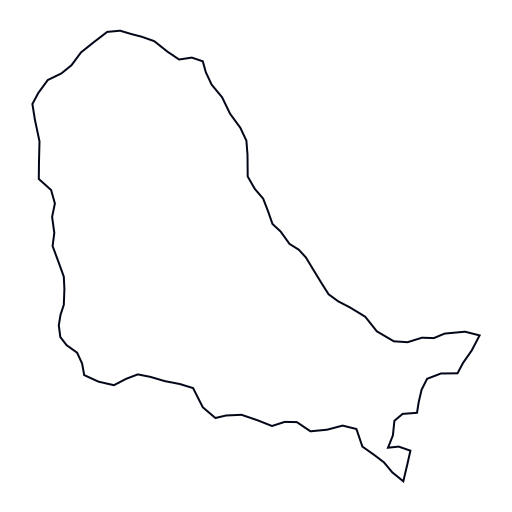 the district of São Sebastião do Anta, Minas Gerais, Brazil
{"feature_id": "56859067B14262855258372", "entity_name": "São Sebastião do Anta", "entity_type": "district", "adm_level": 2, "iso_a3": "BRA", "parent_name": "Brazil", "parent_adm1": "Minas Gerais", "projection": "mercator", "projection_center": [-41.947, -19.506], "detail": "fine", "context": "isolated", "style": "outline", "palette": "ink", "viewbox_px": 512, "rotation_deg": 0, "n_neighbors": 0, "source": "geoboundaries", "source_scale": "gbopen_adm2", "svg_char_len": 1365}
<svg xmlns="http://www.w3.org/2000/svg" viewBox="0 0 512 512"><path d="M403.3,481.3L407.1,465.3L410.4,450.7L398.7,446.6L388.0,447.7L392.9,435.4L394.4,420.8L402.6,413.9L417.0,412.8L418.8,401.6L421.6,389.7L427.1,378.8L440.9,373.5L457.5,373.3L463.1,362.8L471.7,350.5L479.6,335.4L465.0,331.7L444.6,333.6L433.8,338.1L422.0,337.7L407.6,342.2L393.8,341.3L376.8,331.3L365.2,316.7L349.7,307.3L338.3,301.4L328.6,294.3L321.5,283.1L313.3,269.7L306.0,257.6L298.9,249.8L289.5,243.9L280.6,231.5L272.5,224.0L268.2,211.7L263.2,198.7L254.8,188.9L247.7,176.5L247.5,154.9L246.4,140.7L240.4,127.9L230.1,113.8L222.1,97.3L211.6,84.6L205.8,72.2L202.8,61.3L191.8,57.6L179.1,59.5L167.5,51.7L154.3,41.2L141.6,36.7L131.5,34.1L120.1,30.7L107.2,31.9L93.5,42.4L81.0,52.4L71.5,65.2L61.4,73.4L47.8,80.0L38.4,92.8L32.4,104.0L34.9,119.7L39.5,141.4L39.0,160.8L38.8,179.0L51.1,190.0L54.9,203.5L52.1,216.9L54.3,232.9L52.6,246.1L58.8,262.8L63.8,276.7L64.4,289.1L63.8,304.8L60.5,314.8L58.8,325.3L60.3,337.0L66.6,345.2L77.1,352.7L82.1,363.5L84.2,375.1L98.6,381.7L113.9,385.2L126.2,378.8L137.8,374.4L150.5,376.9L164.7,381.1L179.7,384.0L193.1,388.1L202.8,407.3L215.4,418.0L226.0,415.5L241.5,414.8L257.6,420.3L272.0,426.0L284.7,421.9L296.8,422.1L310.5,431.3L327.1,429.7L342.6,425.6L356.4,429.0L362.4,446.6L374.0,454.8L383.9,462.3L392.3,472.4L403.3,481.3Z" fill="none" stroke="#020617" stroke-width="2"/></svg>